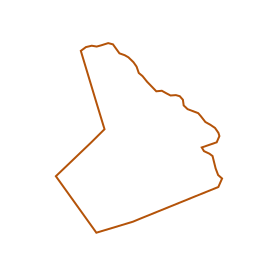 Lajes Pintadas, Rio Grande do Norte, Brazil (Natural Earth projection), rotated 71°
{"feature_id": "56859067B10591295929522", "entity_name": "Lajes Pintadas", "entity_type": "district", "adm_level": 2, "iso_a3": "BRA", "parent_name": "Brazil", "parent_adm1": "Rio Grande do Norte", "projection": "natural_earth1", "projection_center": [-36.154, -6.15], "detail": "fine", "context": "isolated", "style": "outline", "palette": "amber", "viewbox_px": 256, "rotation_deg": 71, "n_neighbors": 0, "source": "geoboundaries", "source_scale": "gbopen_adm2", "svg_char_len": 731}
<svg xmlns="http://www.w3.org/2000/svg" viewBox="0 0 256 256"><g transform="rotate(71 128 128)"><path d="M150.1,211.9L216.7,192.0L218.2,153.8L217.7,145.9L214.5,86.6L213.2,61.8L206.4,55.5L201.8,58.1L194.7,58.3L182.0,57.2L178.8,59.4L174.6,63.7L170.4,64.6L170.4,48.8L165.4,44.2L162.0,44.1L156.3,45.7L152.0,48.9L147.5,52.9L140.5,55.3L136.8,56.8L129.6,65.5L124.8,68.0L119.2,66.9L114.8,68.7L112.5,72.0L111.1,77.2L107.5,80.6L103.8,83.9L102.5,89.3L90.5,94.9L83.6,97.4L79.5,99.9L72.8,99.9L67.6,101.4L61.3,104.6L58.1,107.4L54.6,111.8L44.0,115.0L41.3,119.1L41.1,126.7L40.8,131.1L38.4,135.5L37.8,141.4L39.7,147.5L93.7,149.6L121.5,150.6L129.8,167.8L135.4,180.0L138.5,186.7L150.1,211.9Z" fill="none" stroke="#b45309" stroke-width="2"/></g></svg>